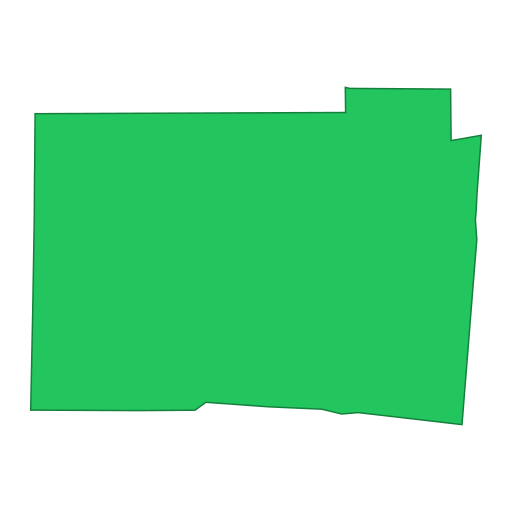 Butler, Ohio, United States of America (Robinson projection)
{"feature_id": "52423323B28721217330629", "entity_name": "Butler", "entity_type": "district", "adm_level": 2, "iso_a3": "USA", "parent_name": "United States of America", "parent_adm1": "Ohio", "projection": "robinson", "projection_center": [-84.591, 39.442], "detail": "fine", "context": "isolated", "style": "filled", "palette": "green", "viewbox_px": 512, "rotation_deg": 0, "n_neighbors": 0, "source": "geoboundaries", "source_scale": "gbopen_adm2", "svg_char_len": 489}
<svg xmlns="http://www.w3.org/2000/svg" viewBox="0 0 512 512"><path d="M30.7,410.1L138.2,410.6L195.0,410.2L205.9,402.3L268.5,406.8L321.9,409.2L341.7,414.0L358.1,412.6L462.0,424.6L472.8,289.0L476.8,239.6L475.4,220.0L476.2,210.1L477.0,193.9L481.3,135.3L451.1,140.6L450.6,89.1L349.9,88.4L345.3,87.4L345.6,112.5L35.1,113.7L35.1,114.2L35.1,115.3L34.9,135.9L34.7,165.4L34.5,177.7L34.5,177.8L34.3,215.7L32.7,312.3L30.8,405.2L30.7,410.1Z" fill="#22c55e" stroke="#15803d" stroke-width="1.5"/></svg>